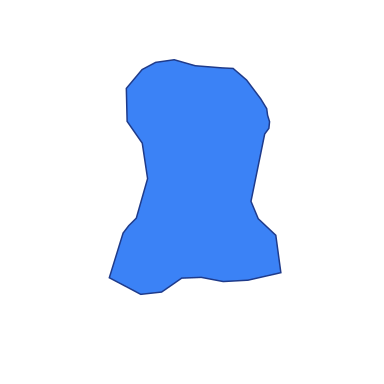 an SVG outline of Kiboga, rotated 223°
{"feature_id": "UGA-3089", "entity_name": "Kiboga", "entity_type": "District", "adm_level": 1, "iso_a3": "UGA", "parent_name": "Uganda", "parent_adm1": "", "projection": "natural_earth1", "projection_center": [31.973, 0.869], "detail": "fine", "context": "isolated", "style": "filled", "palette": "blue", "viewbox_px": 384, "rotation_deg": 223, "n_neighbors": 0, "source": "natural_earth", "source_scale": "10m", "svg_char_len": 550}
<svg xmlns="http://www.w3.org/2000/svg" viewBox="0 0 384 384"><g transform="rotate(223 192 192)"><path d="M295.2,276.6L275.8,286.5L254.6,303.3L246.2,310.4L228.4,311.1L205.3,307.0L194.2,303.9L189.1,299.7L183.2,296.3L179.2,291.0L178.4,284.0L142.5,225.4L125.3,217.6L101.2,217.5L72.0,193.6L90.9,165.7L108.1,147.8L127.0,135.9L140.8,122.0L146.0,98.1L159.7,82.2L194.0,72.9L214.4,115.0L215.3,124.3L214.9,134.9L233.6,171.5L261.7,193.8L287.6,199.4L310.7,223.0L312.0,247.5L307.0,262.0L295.2,276.6Z" fill="#3b82f6" stroke="#1e3a8a" stroke-width="1.5"/></g></svg>